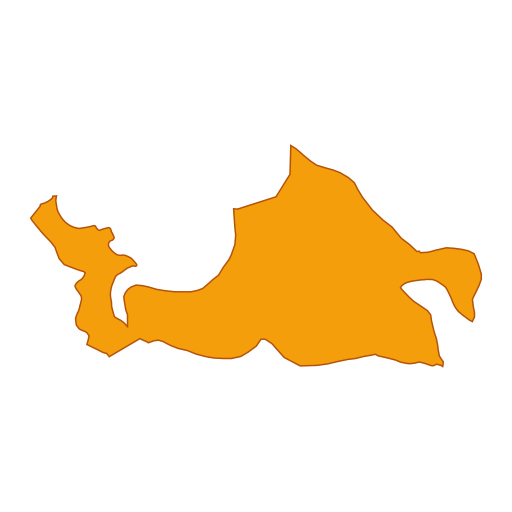 Monchy/La Borne, Dauphin, Saint Lucia (Natural Earth projection)
{"feature_id": "8701671B33864037616544", "entity_name": "Monchy/La Borne", "entity_type": "district", "adm_level": 2, "iso_a3": "LCA", "parent_name": "Saint Lucia", "parent_adm1": "Dauphin", "projection": "natural_earth1", "projection_center": [-60.921, 14.047], "detail": "fine", "context": "isolated", "style": "filled", "palette": "amber", "viewbox_px": 512, "rotation_deg": 0, "n_neighbors": 0, "source": "geoboundaries", "source_scale": "gbopen_adm2", "svg_char_len": 6005}
<svg xmlns="http://www.w3.org/2000/svg" viewBox="0 0 512 512"><path d="M30.7,218.1L31.8,220.1L37.3,227.0L42.3,233.0L47.4,238.4L51.2,242.4L55.0,247.3L56.7,252.2L59.2,258.7L64.3,264.6L74.4,268.5L79.9,270.5L83.7,271.5L85.2,272.9L85.0,273.6L84.6,274.7L84.3,275.3L83.8,276.2L83.3,277.2L82.6,278.1L82.0,278.8L80.7,279.9L79.7,280.4L78.9,280.9L78.2,281.5L77.5,282.2L76.9,282.7L76.3,283.4L75.6,284.5L75.1,285.4L75.0,286.5L75.4,287.2L75.8,288.1L77.0,290.1L78.2,291.5L79.3,293.3L80.9,295.5L81.2,296.5L81.5,297.6L81.5,298.8L81.5,299.5L81.3,300.6L81.0,301.6L80.7,302.9L80.0,305.5L79.7,306.6L79.5,307.8L78.9,309.9L78.6,310.6L78.3,311.6L77.5,312.8L77.3,313.7L76.6,315.0L75.7,317.9L75.6,319.1L75.7,320.0L75.9,322.0L76.1,323.1L76.2,324.4L76.6,325.4L77.6,326.8L78.2,327.5L78.9,328.6L79.7,329.2L80.9,329.9L81.8,330.2L83.0,330.7L85.2,331.6L86.2,332.2L86.8,332.7L87.6,333.7L88.6,335.1L89.1,336.0L88.7,337.2L88.2,339.8L87.9,341.3L87.4,342.5L87.2,343.5L86.9,344.5L96.7,349.3L97.5,349.6L98.5,350.2L99.5,350.7L100.8,351.4L101.7,351.8L102.8,352.4L105.1,353.1L106.0,353.2L106.7,353.5L107.0,354.0L107.5,354.5L108.7,355.9L109.2,356.7L139.9,338.6L140.6,339.0L141.0,339.1L141.6,339.5L141.8,339.6L142.3,339.8L143.6,340.4L144.1,340.6L144.3,340.7L144.9,340.9L145.1,341.0L145.8,341.3L146.3,341.6L146.9,341.8L147.8,342.4L148.3,342.8L154.2,340.7L158.7,340.2L162.9,341.5L170.6,345.5L178.3,348.5L187.3,350.5L195.9,354.0L205.3,356.5L207.0,356.8L207.8,357.0L214.1,358.0L223.4,358.5L231.4,358.5L240.7,356.5L248.3,352.0L256.3,346.1L261.0,339.2L265.2,339.2L271.9,343.6L284.2,357.5L300.2,365.9L316.7,365.4L327.6,363.9L338.2,361.4L347.9,359.4L355.5,358.5L363.5,356.5L369.4,355.5L375.4,354.3L378.0,355.8L388.0,358.1L395.4,360.0L400.1,362.0L406.1,363.3L409.6,363.7L413.7,363.3L419.6,362.0L425.8,363.7L429.7,365.1L432.1,365.8L433.6,365.6L434.2,365.3L434.5,365.2L436.5,364.2L441.1,365.4L442.7,366.5L443.1,364.4L443.2,361.7L441.2,358.9L439.3,355.8L438.1,349.3L437.8,346.1L436.5,339.1L434.0,331.3L431.5,320.8L430.7,314.9L427.4,310.6L421.0,306.2L413.5,301.2L408.7,296.7L402.2,289.9L400.5,287.6L401.2,286.5L401.4,286.2L401.8,285.7L402.4,285.2L402.8,284.8L403.4,284.5L404.0,284.0L404.8,283.5L405.4,283.3L405.9,282.9L406.3,282.8L407.0,282.6L407.3,282.4L407.7,282.3L408.4,282.1L408.8,282.0L409.1,281.9L410.3,281.5L410.6,281.5L411.0,281.4L411.3,281.4L412.8,281.0L414.6,280.8L415.1,280.7L415.4,280.6L416.7,280.5L417.9,280.3L418.2,280.3L418.6,280.2L419.0,280.1L419.4,280.1L420.1,280.0L420.5,279.9L421.0,279.9L421.8,279.8L422.5,279.8L422.7,279.7L423.6,279.8L424.3,279.7L424.7,279.7L425.0,279.6L425.3,279.5L425.7,279.5L426.6,279.4L427.7,279.4L428.2,279.4L432.3,279.5L432.5,279.6L432.9,279.6L433.3,279.8L433.7,279.9L434.0,279.9L434.3,280.1L434.7,280.2L435.0,280.4L435.7,280.6L436.5,281.0L437.2,281.3L438.2,281.9L438.5,282.1L440.0,283.1L440.5,283.4L441.1,283.9L442.5,284.8L444.4,286.2L444.9,286.7L445.2,286.8L445.8,287.6L446.4,288.6L446.6,288.9L446.8,289.1L447.1,289.7L447.3,290.1L447.5,290.4L447.6,290.7L447.8,291.0L448.1,291.7L448.6,292.7L448.7,293.0L448.9,293.3L449.2,294.0L449.4,294.3L449.5,294.6L450.3,296.3L450.5,296.7L450.9,297.4L451.0,297.8L451.3,298.4L451.9,300.0L452.1,300.5L452.3,301.1L452.7,302.1L453.1,302.9L453.3,303.5L454.4,305.7L454.6,306.2L455.0,306.7L455.2,307.2L455.6,307.8L455.8,308.1L456.2,308.6L456.5,308.9L456.6,309.2L456.8,309.5L457.0,309.7L457.2,310.0L457.8,310.8L458.1,311.0L458.7,311.7L459.2,312.2L459.7,312.6L460.0,312.8L460.3,313.1L460.6,313.3L462.8,315.2L463.7,315.8L464.0,316.1L464.4,316.4L464.7,316.5L465.4,317.1L466.1,317.7L467.1,318.4L467.5,318.7L468.4,319.3L468.8,319.7L469.4,320.0L469.9,320.4L470.7,320.7L472.3,321.6L474.5,317.0L474.5,312.5L473.3,306.6L472.4,299.2L475.8,292.3L478.7,286.3L481.3,279.4L481.3,274.0L478.3,264.1L474.1,253.7L468.2,250.8L461.4,249.3L453.8,248.3L446.2,247.8L435.3,250.3L428.5,252.2L420.5,252.7L419.2,251.2L416.9,251.5L409.6,244.6L401.2,238.2L392.1,227.1L383.0,220.1L372.5,210.2L362.3,197.0L357.8,189.5L354.4,182.8L348.5,177.7L340.1,172.7L333.4,170.1L324.8,167.7L316.6,165.2L310.3,160.9L303.6,155.4L299.6,151.8L295.6,148.5L290.8,145.5L290.0,174.3L276.0,196.8L237.5,209.1L233.6,208.8L234.1,216.1L234.9,227.5L235.7,235.1L234.9,244.6L231.2,255.1L228.8,259.9L223.5,267.0L218.6,275.1L212.5,279.9L208.9,283.2L202.7,288.5L197.5,290.4L190.9,291.8L175.1,291.8L165.7,290.8L156.8,289.4L148.6,287.0L142.1,285.6L136.0,285.1L131.1,287.0L127.9,289.4L125.4,292.7L123.8,296.6L124.2,300.4L125.8,309.9L127.5,314.7L127.5,326.6L125.3,324.3L125.1,323.9L123.4,322.3L120.5,320.2L117.0,318.4L115.4,317.4L114.6,316.7L114.2,316.1L112.3,309.3L111.8,307.2L111.6,305.6L111.5,303.6L111.5,302.4L110.8,298.5L110.4,295.6L110.4,294.0L110.5,292.2L110.7,290.8L110.9,289.5L111.6,286.4L112.3,284.3L113.3,282.1L114.1,279.9L115.1,277.5L115.5,276.6L116.0,276.1L116.8,275.1L119.1,273.7L120.4,273.1L121.5,272.4L122.6,271.7L123.8,270.7L125.1,269.7L127.6,268.0L130.4,266.8L132.8,265.9L133.6,265.9L134.4,266.1L135.0,266.2L135.6,266.3L136.1,266.1L136.5,265.8L136.7,265.3L136.7,264.6L136.3,263.9L135.5,263.0L134.3,261.5L131.9,258.9L131.1,258.1L129.9,257.5L128.3,256.6L127.3,256.2L125.8,255.6L124.4,255.2L123.3,255.1L122.3,255.1L121.0,255.3L119.1,255.3L117.4,254.8L116.2,254.2L115.1,253.5L114.4,253.0L111.6,250.4L110.6,249.1L109.5,247.7L108.9,246.6L108.5,245.7L108.5,244.1L108.7,243.2L109.1,242.2L109.4,241.7L110.3,240.9L112.5,240.1L113.3,239.3L114.0,238.4L114.1,237.5L113.8,236.4L113.1,234.9L112.6,233.7L111.7,232.2L111.4,231.6L111.0,230.2L110.8,229.4L110.4,228.6L109.5,227.9L108.4,227.6L104.1,228.7L100.8,229.8L99.8,230.3L98.9,230.3L98.1,229.9L97.7,229.4L96.9,228.6L96.0,227.2L95.5,226.2L94.8,225.7L93.8,225.6L89.3,226.8L85.9,227.4L79.8,228.4L78.1,228.3L75.7,227.8L73.1,227.0L70.4,225.8L68.5,224.6L65.4,222.3L63.3,220.0L61.4,217.6L60.2,215.7L58.4,212.5L57.3,209.9L57.2,209.4L56.3,204.2L55.8,201.1L55.9,199.3L56.5,195.9L52.8,196.2L52.7,197.4L52.3,198.0L51.8,198.5L50.8,199.4L50.1,200.0L49.0,200.7L48.0,201.4L44.7,203.0L42.8,203.6L42.1,203.8L41.0,204.1L40.4,204.6L40.2,205.1L40.2,206.2L30.7,218.1Z" fill="#f59e0b" stroke="#b45309" stroke-width="1.5"/></svg>